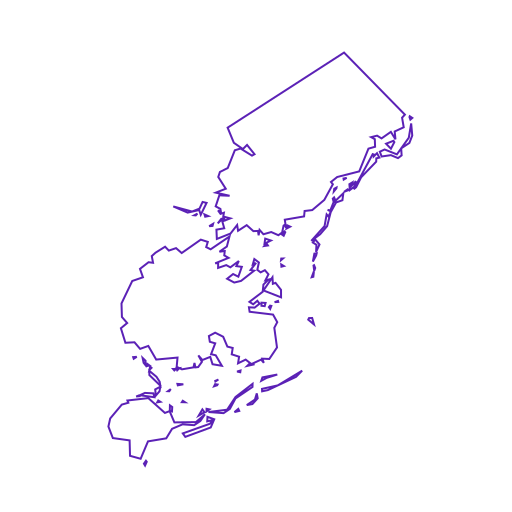 Marovo, Western, Solomon Islands, rotated 75°
{"feature_id": "97153195B98406832943487", "entity_name": "Marovo", "entity_type": "district", "adm_level": 2, "iso_a3": "SLB", "parent_name": "Solomon Islands", "parent_adm1": "Western", "projection": "robinson", "projection_center": [157.974, -8.525], "detail": "fine", "context": "isolated", "style": "outline", "palette": "violet", "viewbox_px": 512, "rotation_deg": 75, "n_neighbors": 0, "source": "geoboundaries", "source_scale": "gbopen_adm2", "svg_char_len": 6199}
<svg xmlns="http://www.w3.org/2000/svg" viewBox="0 0 512 512"><g transform="rotate(75 256 256)"><path d="M82.3,118.3L124.7,250.2L140.9,248.1L149.3,241.0L146.4,235.9L157.3,231.1L158.0,233.9L148.2,243.1L148.4,249.1L163.7,260.5L165.5,269.1L169.9,272.0L183.2,267.8L184.4,278.4L191.0,265.9L187.9,275.7L197.6,282.1L201.3,278.2L204.6,278.5L202.1,280.9L206.1,279.4L205.9,275.8L209.4,277.4L213.0,271.1L213.9,279.6L221.0,279.5L220.3,287.4L229.4,289.4L227.7,274.8L221.2,266.2L227.0,266.8L223.8,257.0L231.3,252.1L232.3,247.6L236.7,248.1L231.7,245.8L236.9,243.2L236.8,235.1L241.7,229.0L240.1,224.7L233.8,221.5L233.3,220.2L236.4,219.7L228.4,218.8L230.2,199.3L225.1,197.4L226.2,189.8L219.5,175.5L206.6,163.2L203.9,164.4L200.7,157.1L201.0,134.4L181.4,119.6L181.3,112.7L173.9,111.0L171.0,114.0L171.1,107.9L174.9,104.3L171.0,93.6L179.4,91.1L171.6,89.8L169.9,80.0L160.2,79.1L158.0,75.6L82.3,118.3ZM361.2,276.1L356.8,276.5L358.9,269.8L349.8,259.4L330.1,256.9L325.4,252.6L317.0,254.7L308.2,276.6L303.7,276.1L305.5,270.7L303.0,264.9L299.6,266.3L301.9,271.2L298.6,274.2L292.3,258.8L285.5,256.2L282.0,250.0L281.9,253.2L276.9,248.7L272.0,251.1L273.0,255.8L269.7,258.3L263.0,254.9L258.5,258.4L263.2,261.2L262.6,259.2L262.8,258.7L263.2,258.4L268.1,264.9L269.7,261.6L276.2,276.9L276.0,283.9L270.5,289.8L267.5,282.8L271.4,278.4L262.8,272.5L260.7,277.6L256.4,273.9L260.3,283.7L257.1,287.1L257.7,295.7L253.1,294.4L252.5,297.3L250.7,283.0L247.2,286.5L243.1,284.9L242.4,290.2L239.3,281.7L230.3,276.6L237.8,298.1L234.5,301.8L229.9,298.9L225.9,305.1L233.9,327.0L227.7,331.2L228.2,338.8L223.5,341.4L226.8,352.2L229.1,356.7L235.9,357.2L234.2,361.4L238.4,371.4L247.3,370.7L248.1,382.0L267.0,398.2L280.2,401.3L287.4,397.8L290.8,405.2L306.0,404.6L307.9,395.7L315.7,392.0L315.0,383.3L330.2,379.2L333.8,358.1L342.5,361.3L346.3,356.9L347.4,345.2L343.4,343.1L347.9,343.4L348.3,340.6L344.2,335.6L337.1,337.4L342.6,334.7L341.6,326.3L349.3,326.0L353.2,317.4L341.5,320.6L339.2,324.8L329.8,318.0L326.9,322.8L321.1,322.2L319.5,315.3L325.5,308.6L336.1,307.1L338.8,302.3L344.7,304.9L348.9,298.4L355.0,301.1L353.4,292.8L359.2,288.4L357.4,277.9L361.2,276.1ZM422.0,419.9L407.1,408.3L408.9,389.9L401.2,381.8L399.6,370.5L403.4,359.5L401.0,352.5L395.7,346.3L400.9,357.0L395.6,377.9L383.5,379.6L384.0,384.6L365.4,396.8L362.3,417.6L364.7,417.3L364.8,424.1L375.2,438.9L382.5,442.7L394.8,441.4L401.4,425.8L416.4,429.4L422.0,419.9ZM198.2,93.5L196.5,89.3L189.6,87.9L186.5,78.6L180.1,73.9L168.1,71.8L181.3,77.8L194.3,93.6L186.4,104.2L187.3,109.4L192.4,108.9L193.5,99.6L198.2,93.5ZM302.4,242.5L295.2,240.6L287.0,244.1L287.2,246.9L280.8,245.6L291.2,257.7L302.4,242.5ZM216.8,144.3L215.5,141.5L207.2,134.1L196.0,115.5L192.8,114.5L192.9,111.4L188.0,112.5L190.3,116.5L188.4,116.0L187.8,116.9L216.8,144.3ZM412.4,371.1L409.9,344.1L402.9,338.6L398.8,344.5L403.1,345.9L403.3,340.6L406.1,343.8L408.4,372.6L412.4,371.1ZM201.9,298.7L191.9,290.0L190.0,293.6L195.6,298.3L196.5,306.2L186.7,323.1L196.4,310.8L196.9,299.0L201.9,298.7ZM399.4,328.0L396.9,320.8L388.3,312.7L381.6,293.3L378.6,292.4L386.9,312.3L397.0,323.7L394.4,342.3L399.4,328.0ZM388.6,279.3L383.1,248.6L378.7,241.1L386.6,268.4L385.9,284.6L388.3,285.1L388.6,279.3ZM255.7,198.7L251.6,188.4L245.6,179.6L232.3,172.1L236.6,175.8L234.1,177.0L244.8,182.0L255.7,198.7ZM356.4,382.0L352.5,381.6L346.9,383.4L339.3,388.8L343.4,389.8L356.4,382.0ZM232.4,171.9L225.0,164.8L224.5,158.1L218.0,155.4L224.7,167.6L231.2,172.4L230.0,174.9L232.4,171.9ZM366.1,390.7L362.1,390.7L359.5,398.7L360.4,404.3L366.1,390.7ZM187.3,97.9L181.8,92.9L180.3,93.4L181.2,101.3L187.3,97.9ZM216.6,148.3L214.5,143.2L209.6,140.1L214.0,147.3L209.9,144.1L210.8,147.2L216.6,148.3ZM364.9,388.9L361.7,384.2L357.5,382.3L358.8,387.9L364.9,388.9ZM398.1,297.8L393.9,291.2L388.9,290.8L394.4,294.2L397.6,303.5L398.1,297.8ZM267.6,196.9L261.3,191.7L255.4,194.5L257.7,197.6L260.8,194.7L267.6,196.9ZM395.3,352.6L393.6,346.2L390.3,347.5L395.3,352.6ZM306.7,260.6L303.8,258.9L302.5,262.8L305.5,263.6L306.7,260.6ZM377.9,283.2L376.5,277.3L376.0,266.1L374.9,281.2L377.9,283.2ZM337.1,217.7L330.4,217.8L329.7,220.9L331.0,222.0L337.1,217.7ZM401.2,317.2L401.3,312.3L399.1,312.7L401.2,317.2ZM332.8,391.0L328.6,389.8L325.1,391.9L330.1,392.2L332.8,391.0ZM215.1,293.5L215.7,290.2L213.8,289.1L215.1,293.5ZM384.4,377.4L380.2,376.0L378.0,377.8L383.1,379.3L384.4,377.4ZM246.3,244.6L244.9,237.6L241.6,242.6L246.3,244.6ZM214.6,284.5L211.5,279.0L212.7,278.9L213.4,277.1L211.5,277.0L211.1,279.9L214.6,284.5ZM359.9,292.9L360.2,285.4L359.3,290.1L358.5,290.4L359.9,292.9ZM276.1,202.5L271.1,197.8L269.1,196.7L268.8,199.0L276.1,202.5ZM243.6,224.0L240.6,221.6L239.6,222.2L241.8,225.5L243.6,224.0ZM237.4,219.4L236.5,215.4L234.6,217.7L237.4,219.4ZM346.0,361.7L344.5,359.0L344.0,362.1L346.0,361.7ZM323.6,400.7L322.5,397.3L321.9,400.8L323.6,400.7ZM305.4,250.0L306.1,246.4L305.1,246.4L305.4,250.0ZM364.2,301.3L362.6,300.6L362.7,304.2L364.2,301.3ZM393.3,344.0L392.1,340.7L390.8,343.3L393.3,344.0ZM366.7,327.7L365.6,324.3L366.1,327.7L366.7,327.7ZM338.4,388.4L337.0,385.9L335.5,386.9L338.4,388.4ZM429.7,417.4L426.5,414.8L425.3,415.3L427.6,418.0L429.7,417.4ZM290.9,207.7L290.9,206.0L285.7,204.0L290.9,207.7ZM272.9,234.2L272.9,231.7L270.7,233.8L272.9,234.2ZM201.2,303.7L199.9,301.6L200.7,305.0L201.2,303.7ZM223.3,167.0L221.5,165.1L219.6,165.4L220.5,167.0L223.3,167.0ZM378.0,365.4L378.9,362.4L376.9,364.2L378.0,365.4ZM334.1,389.8L334.2,387.2L332.2,388.8L334.1,389.8ZM364.2,374.8L362.5,372.8L363.8,376.0L364.2,374.8ZM371.0,330.2L370.8,327.0L370.2,326.4L369.2,328.6L371.0,330.2ZM285.4,203.6L282.9,201.9L279.9,202.3L280.1,202.9L285.4,203.6ZM371.8,389.3L372.1,386.1L370.3,387.8L371.8,389.3ZM204.9,151.5L204.0,148.2L203.8,151.4L204.9,151.5ZM266.5,232.9L265.4,230.6L265.0,232.3L266.5,232.9ZM345.4,364.5L344.4,362.5L343.7,365.3L345.4,364.5ZM164.2,71.6L163.1,69.3L160.8,71.3L161.5,71.8L164.2,71.6ZM360.7,365.0L361.1,359.4L359.2,365.0L360.7,365.0ZM248.5,245.2L248.9,241.8L246.8,242.5L248.5,245.2ZM310.8,256.0L308.2,254.1L307.6,255.2L308.7,256.8L310.8,256.0ZM216.8,154.3L216.3,149.6L215.3,150.2L216.8,154.3ZM213.8,164.1L211.4,160.8L210.7,160.5L211.3,163.0L213.8,164.1ZM360.7,408.1L361.2,405.2L360.4,405.5L360.7,408.1ZM204.9,294.9L205.1,291.8L202.5,295.0L204.9,294.9Z" fill="none" stroke="#5b21b6" stroke-width="2"/></g></svg>